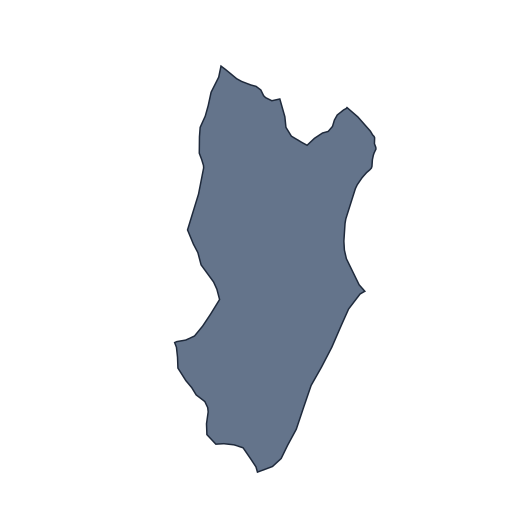 SVG path tracing the border of Misratah, rotated 38°
{"feature_id": "LBY-2970", "entity_name": "Misratah", "entity_type": "Municipality", "adm_level": 1, "iso_a3": "LBY", "parent_name": "Libya", "parent_adm1": "", "projection": "natural_earth1", "projection_center": [15.024, 30.913], "detail": "fine", "context": "isolated", "style": "filled", "palette": "slate", "viewbox_px": 512, "rotation_deg": 38, "n_neighbors": 0, "source": "natural_earth", "source_scale": "10m", "svg_char_len": 1453}
<svg xmlns="http://www.w3.org/2000/svg" viewBox="0 0 512 512"><g transform="rotate(38 256 256)"><path d="M236.3,83.0L250.6,83.7L269.3,87.2L273.4,88.8L275.4,89.1L276.7,89.8L280.2,94.6L283.5,96.6L284.7,97.9L285.6,102.0L286.4,104.3L288.4,108.4L292.2,114.0L292.8,115.7L292.6,118.1L291.8,122.1L291.5,126.7L291.4,129.3L291.9,137.5L292.8,141.6L303.9,171.4L306.1,175.5L316.1,190.2L322.0,196.9L328.9,202.5L355.0,215.2L363.5,216.8L363.0,217.9L361.4,221.9L361.6,240.7L365.7,257.3L371.9,281.2L376.0,303.1L379.1,324.0L386.3,344.8L394.4,367.7L397.4,385.5L400.5,400.1L398.6,411.7L390.2,425.4L385.8,422.2L376.9,419.2L363.9,415.1L355.0,418.3L346.2,423.7L340.2,429.0L327.3,427.0L320.3,418.7L314.3,408.3L311.3,405.2L305.3,402.2L294.4,402.3L286.4,399.3L277.5,397.4L263.5,392.4L256.5,384.1L249.5,376.9L245.2,374.3L246.3,372.2L252.4,365.5L256.8,356.9L257.1,344.0L256.0,329.7L254.1,312.7L246.2,306.7L245.7,306.3L238.6,302.6L218.2,296.8L208.1,289.1L199.4,285.2L186.0,277.6L181.0,264.6L172.6,242.6L160.5,218.8L158.9,217.0L153.9,213.5L148.0,209.9L138.0,196.8L132.8,189.0L129.9,177.0L125.7,166.8L119.8,154.6L116.5,138.0L111.5,127.9L117.1,127.8L131.6,128.2L137.2,127.3L146.4,124.5L151.6,122.3L157.6,122.2L163.3,125.0L166.1,125.3L172.9,123.9L178.1,117.6L193.0,128.5L200.4,136.2L210.1,139.8L222.1,138.3L228.1,137.3L229.6,127.3L232.7,118.1L236.2,113.4L236.5,106.8L234.1,100.6L233.2,94.8L235.1,86.9L236.3,84.2L236.3,83.0Z" fill="#64748b" stroke="#1e293b" stroke-width="1.5"/></g></svg>